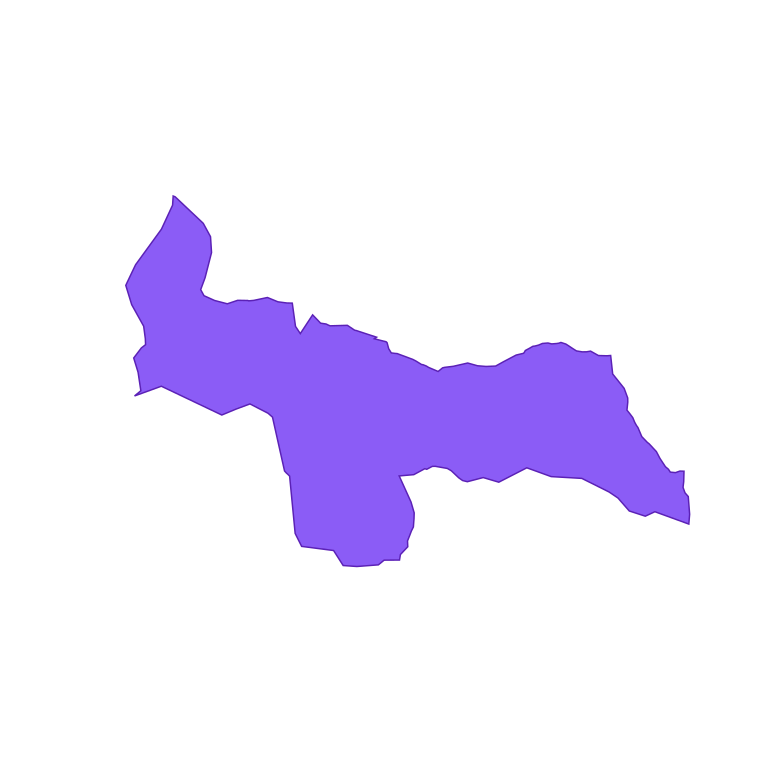 Nsukka, Enugu, Nigeria, rotated 333°
{"feature_id": "59680162B36149280961759", "entity_name": "Nsukka", "entity_type": "district", "adm_level": 2, "iso_a3": "NGA", "parent_name": "Nigeria", "parent_adm1": "Enugu", "projection": "equal_earth", "projection_center": [7.435, 6.833], "detail": "fine", "context": "isolated", "style": "filled", "palette": "violet", "viewbox_px": 768, "rotation_deg": 333, "n_neighbors": 0, "source": "geoboundaries", "source_scale": "gbopen_adm2", "svg_char_len": 2259}
<svg xmlns="http://www.w3.org/2000/svg" viewBox="0 0 768 768"><g transform="rotate(333 384 384)"><path d="M398.6,338.9L383.6,323.8L382.3,322.8L378.0,315.1L362.4,307.7L361.7,306.9L361.2,306.3L359.7,304.3L355.1,301.0L351.8,290.0L332.3,301.1L331.3,292.5L339.0,270.3L334.2,267.7L326.8,262.6L319.4,254.0L306.0,250.4L301.2,248.5L300.6,247.8L291.6,243.0L280.8,241.4L271.0,232.7L263.7,223.6L263.5,216.7L272.8,208.1L290.0,188.6L296.3,174.0L296.3,173.8L295.9,158.8L282.9,122.4L281.5,120.8L276.8,128.7L274.6,130.4L256.0,145.0L216.9,164.9L214.9,166.4L201.5,176.7L198.7,178.9L195.2,198.8L196.1,223.4L191.9,235.3L189.4,240.7L184.2,241.7L172.8,247.2L170.2,261.9L164.3,279.6L156.3,281.4L184.6,284.9L225.4,338.0L240.9,339.2L255.5,340.9L267.4,357.4L269.6,362.9L255.9,416.3L256.6,419.0L257.2,420.5L258.1,423.2L237.0,476.8L236.9,491.3L263.5,509.5L265.2,527.2L277.0,534.3L296.9,542.6L304.1,541.0L317.9,547.9L321.2,543.4L331.3,539.8L333.7,534.5L337.7,531.0L341.8,527.3L345.3,524.7L348.5,519.4L349.5,517.8L352.4,512.5L354.5,501.4L355.8,472.8L369.4,478.3L381.9,478.0L383.4,479.4L389.6,479.3L392.3,480.6L402.1,488.0L404.6,491.9L408.0,501.5L410.2,505.7L413.9,508.9L429.9,512.4L441.7,523.6L473.2,523.5L490.9,542.4L517.4,557.9L535.5,582.4L540.7,591.8L544.9,608.5L556.8,620.4L567.4,620.8L592.0,647.2L597.2,638.8L604.0,622.4L602.8,617.6L603.5,611.9L606.7,607.1L611.7,597.9L608.1,595.9L603.5,595.3L599.1,592.5L598.7,589.0L597.2,585.5L596.1,575.6L596.0,567.9L593.1,557.7L592.1,555.5L589.8,547.9L590.5,538.1L590.1,535.5L590.0,531.8L590.4,526.9L589.5,521.8L588.6,517.6L593.0,510.8L594.8,507.1L596.0,496.9L592.3,478.9L598.9,461.5L595.5,460.1L588.0,456.0L583.0,448.5L578.9,447.2L575.3,445.4L570.5,441.9L568.3,438.2L566.0,434.1L564.2,431.0L560.5,427.3L558.3,427.0L556.2,426.3L551.6,424.4L548.7,421.9L543.6,419.8L539.4,419.5L535.7,418.7L533.8,418.0L529.7,418.2L525.1,418.3L523.7,419.3L522.3,420.0L514.9,418.2L500.3,418.4L491.6,418.7L482.9,414.7L475.6,410.2L468.1,403.3L453.8,399.7L445.6,396.7L443.5,396.2L441.7,396.6L437.9,397.4L431.3,389.5L429.8,387.1L427.4,384.4L426.4,383.8L422.8,377.9L420.8,375.1L418.3,372.4L415.3,369.1L411.3,364.8L409.6,362.9L407.5,361.6L404.6,359.6L404.2,354.7L405.5,348.6L405.1,347.4L395.9,339.3L398.6,338.9Z" fill="#8b5cf6" stroke="#5b21b6" stroke-width="1.5"/></g></svg>